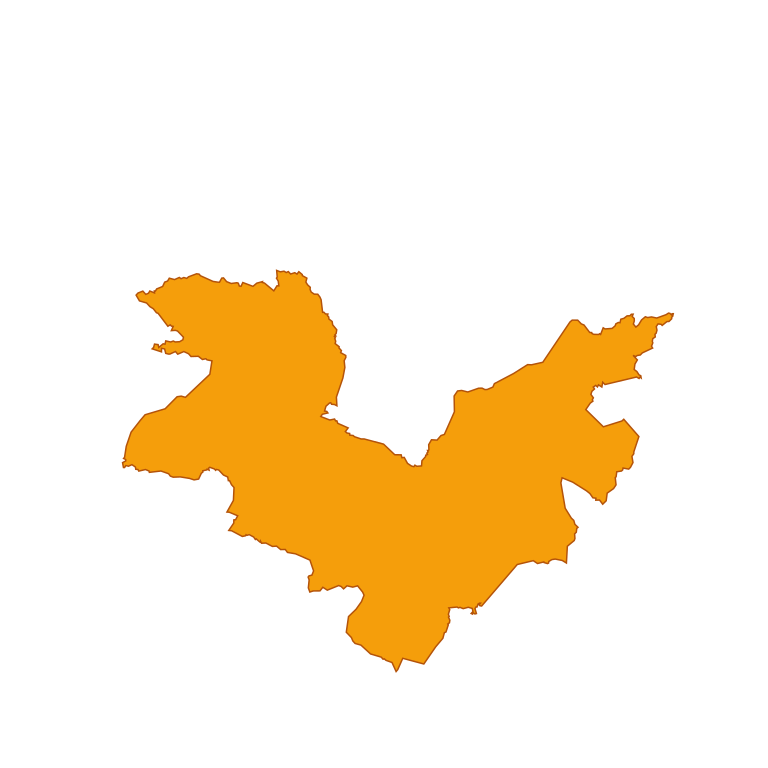 Uruapan, Michoacán, Mexico, rotated 126°
{"feature_id": "50627088B85692004459337", "entity_name": "Uruapan", "entity_type": "district", "adm_level": 2, "iso_a3": "MEX", "parent_name": "Mexico", "parent_adm1": "Michoacán", "projection": "robinson", "projection_center": [-102.127, 19.406], "detail": "fine", "context": "isolated", "style": "filled", "palette": "amber", "viewbox_px": 768, "rotation_deg": 126, "n_neighbors": 0, "source": "geoboundaries", "source_scale": "gbopen_adm2", "svg_char_len": 6171}
<svg xmlns="http://www.w3.org/2000/svg" viewBox="0 0 768 768"><g transform="rotate(126 384 384)"><path d="M457.8,636.8L460.5,630.7L458.0,623.7L459.0,618.8L458.7,614.9L460.1,610.0L459.6,608.3L464.3,592.8L461.8,591.7L462.1,590.0L461.3,588.4L465.8,587.4L463.2,584.3L462.5,582.2L464.0,573.8L466.4,572.7L469.9,574.2L472.7,577.6L473.1,579.7L475.4,581.3L477.4,585.9L480.5,584.6L481.3,586.3L486.8,587.7L484.9,589.9L486.6,593.1L489.8,591.9L491.8,592.2L488.8,582.9L485.9,585.0L484.6,582.1L487.5,578.6L486.5,576.0L485.6,574.8L480.3,571.8L481.1,568.4L475.4,565.0L474.4,559.9L475.2,556.3L470.7,550.5L470.9,545.3L468.3,543.0L468.5,541.4L466.4,536.8L478.5,530.6L511.5,536.8L513.0,540.9L515.9,543.9L532.7,546.5L549.3,559.2L557.0,559.8L571.6,560.3L585.9,555.9L595.8,550.8L597.3,550.9L596.9,548.6L598.0,547.7L601.3,549.3L604.7,545.7L604.1,544.8L601.7,544.9L600.7,542.4L597.4,540.5L597.3,536.3L598.9,534.7L597.8,532.8L598.6,531.2L593.4,526.7L592.5,523.0L593.4,521.9L585.5,513.3L583.2,505.5L584.1,502.7L583.3,499.8L578.9,494.2L574.7,485.9L573.2,481.3L569.9,478.1L563.6,479.3L561.6,478.8L560.7,479.6L557.7,476.9L556.9,477.1L556.5,474.9L555.2,476.4L553.8,476.0L552.4,471.2L552.8,469.5L551.6,469.3L550.7,467.2L552.0,460.4L551.1,455.8L553.7,453.1L553.0,452.1L555.1,448.2L555.9,444.5L566.7,437.4L579.9,435.8L578.7,433.8L576.6,424.9L581.0,424.3L582.2,425.6L584.8,423.8L593.7,423.5L592.3,421.0L590.6,409.0L588.3,406.9L587.0,407.0L587.1,406.0L585.1,404.5L584.4,399.5L585.4,396.7L584.4,396.4L584.8,391.5L584.6,390.7L584.0,391.1L584.8,389.5L582.1,386.1L581.0,378.8L578.3,375.6L578.7,370.3L575.9,366.6L577.0,363.1L573.4,355.8L570.0,340.4L576.6,331.1L581.0,330.0L583.3,331.9L584.8,331.9L586.5,329.4L593.4,325.4L595.9,321.7L593.1,319.7L589.0,314.2L584.4,314.0L584.1,308.7L573.7,302.2L573.0,299.7L573.5,296.3L569.0,295.3L566.7,289.9L562.8,286.7L564.9,279.0L566.6,276.0L573.3,274.3L582.7,274.2L593.0,276.0L607.0,268.6L608.3,261.3L610.2,258.2L610.9,254.9L608.8,249.2L610.3,236.2L606.6,225.7L607.2,223.0L606.2,222.3L606.4,220.0L604.6,213.8L609.5,205.2L607.0,205.0L594.9,207.6L587.1,187.2L566.2,187.7L555.1,186.9L549.7,189.0L548.2,188.1L541.1,190.4L540.7,191.3L538.7,190.7L536.4,191.9L534.7,194.8L533.8,194.6L532.4,196.6L527.9,198.2L527.0,200.0L521.5,193.8L521.4,192.2L520.0,191.2L519.2,187.9L515.1,184.6L513.7,180.7L515.8,178.3L518.4,178.6L518.1,177.1L516.6,177.8L516.6,175.3L515.4,174.3L512.2,178.4L510.3,178.5L509.7,177.7L506.8,178.6L505.0,177.8L504.6,177.1L506.7,177.3L507.0,176.0L506.2,174.5L451.7,170.1L439.2,159.4L439.0,154.3L434.0,150.1L434.4,149.6L433.2,146.2L432.1,145.6L430.8,146.4L427.4,145.0L425.0,142.6L422.0,136.1L421.6,131.2L407.5,140.3L398.8,138.1L396.8,138.7L393.2,141.7L390.9,141.3L387.5,143.2L385.9,142.8L385.3,147.1L382.8,150.3L382.4,153.6L378.0,164.4L360.0,182.8L355.2,184.8L352.5,173.8L351.4,157.6L351.6,153.0L353.3,148.1L351.8,145.4L353.5,144.4L351.2,141.4L352.7,136.4L347.9,135.6L341.1,139.3L333.7,136.8L329.2,137.0L323.8,141.9L322.6,141.7L318.2,144.1L314.8,140.7L313.2,140.4L311.5,141.2L309.0,136.0L306.6,135.6L301.2,136.4L296.8,140.9L293.6,140.9L292.1,142.0L276.7,146.9L271.6,169.3L274.1,169.8L289.7,181.4L286.1,205.7L278.2,205.9L275.1,204.9L274.3,206.2L272.1,206.5L270.8,210.5L267.7,211.5L264.3,210.8L263.5,212.9L260.7,211.9L260.9,209.6L258.6,210.0L258.4,206.0L254.0,208.1L254.5,204.9L229.9,183.8L229.6,180.9L227.8,180.9L227.9,179.6L226.4,181.1L226.7,183.1L225.3,186.7L225.2,190.1L220.4,192.7L215.6,193.2L214.4,199.3L213.9,196.5L212.1,195.9L209.9,193.7L207.0,193.3L197.0,187.8L196.2,189.8L192.7,190.7L191.8,192.0L189.3,193.2L186.5,192.2L184.5,194.0L182.9,193.7L180.0,194.8L177.5,197.5L174.3,197.6L172.8,194.9L173.1,193.4L167.2,191.8L165.9,190.2L162.1,189.6L160.9,190.6L159.7,190.2L157.1,191.3L157.7,192.1L158.3,191.3L159.2,191.9L158.8,194.2L159.4,195.5L162.2,196.6L170.3,202.1L172.5,207.0L175.3,209.8L176.0,212.1L180.8,213.3L186.5,212.8L189.9,213.7L188.9,217.5L185.8,218.6L183.9,220.1L183.5,222.9L181.1,223.5L182.2,224.9L184.3,225.2L186.0,227.4L189.8,228.5L192.4,230.5L195.7,229.1L196.5,230.6L199.1,231.8L201.0,231.2L204.9,232.1L209.5,237.5L209.7,239.7L216.6,237.9L216.6,239.1L217.8,239.5L220.6,243.6L220.9,245.5L220.3,246.2L221.4,247.9L218.7,256.9L219.4,259.7L218.5,264.8L221.7,269.3L224.5,270.0L273.1,268.3L281.8,276.0L283.9,279.2L299.3,285.3L318.8,294.9L322.5,294.1L327.8,297.3L329.2,299.1L329.7,302.2L331.8,305.0L341.2,311.5L343.6,317.4L346.4,320.4L352.5,320.2L365.1,310.7L389.3,305.5L392.2,307.6L398.2,308.1L401.2,312.8L406.8,312.2L410.6,309.2L411.7,308.9L412.2,309.7L413.2,308.4L414.8,308.7L415.5,307.4L417.1,308.4L418.3,307.7L423.8,308.2L428.2,305.5L431.3,309.1L431.5,311.3L433.3,311.2L434.2,313.5L434.4,318.3L431.5,324.5L433.1,326.2L431.2,328.5L434.9,333.7L432.9,349.0L440.1,367.7L441.9,370.2L444.0,376.9L443.8,378.7L445.5,381.6L444.2,382.7L445.4,385.1L445.2,387.3L440.6,387.2L443.0,398.3L441.5,400.5L442.3,401.5L441.4,403.4L445.0,406.7L447.5,416.0L444.7,416.1L440.4,412.4L439.8,414.2L440.8,416.2L436.1,417.9L431.4,416.9L430.5,416.1L431.2,414.5L429.7,412.0L429.3,409.3L422.6,414.8L403.3,420.8L393.6,425.4L388.6,429.9L384.9,430.5L383.4,431.7L384.1,437.5L382.0,438.1L381.3,441.6L380.2,442.2L380.0,447.3L377.8,448.2L376.1,450.6L375.2,450.5L374.7,452.0L373.5,451.2L373.3,452.6L371.3,452.4L367.9,454.1L366.3,460.3L363.9,462.7L363.8,466.8L362.3,468.1L361.9,470.0L360.4,470.5L361.7,472.5L361.3,474.9L362.1,475.8L352.8,484.4L351.3,487.0L350.3,490.4L352.3,493.2L352.4,497.0L350.9,499.4L349.1,500.5L348.7,504.0L347.5,507.1L343.7,508.6L344.3,513.8L343.5,514.5L343.2,518.9L346.2,519.0L346.4,521.6L349.9,524.2L349.3,527.5L351.3,528.6L351.5,531.2L354.2,533.8L355.2,537.6L360.2,533.3L361.6,533.2L362.9,530.1L366.4,526.8L367.5,528.3L373.4,527.9L372.6,540.0L373.4,542.2L372.6,542.5L377.2,546.2L382.0,547.4L384.9,557.9L388.9,557.1L389.8,558.6L388.1,561.1L388.5,562.5L392.5,566.7L393.7,571.5L392.5,576.2L393.7,577.5L398.4,576.9L399.4,578.5L401.5,582.6L404.3,596.1L403.8,598.2L405.0,600.4L412.1,605.1L414.5,605.7L415.5,608.5L418.1,610.1L418.1,612.2L422.6,614.8L424.6,619.9L427.9,619.6L430.5,621.3L435.2,620.4L440.7,623.8L443.2,623.6L443.7,624.5L445.2,623.2L446.4,628.1L449.0,627.9L451.5,629.4L450.6,633.7L455.0,636.5L457.8,636.8Z" fill="#f59e0b" stroke="#b45309" stroke-width="1.5"/></g></svg>